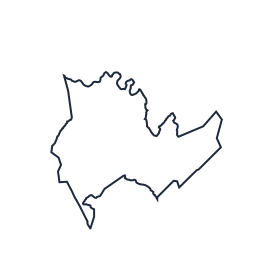 San Juan Quiahije, Oaxaca, Mexico (Mercator projection), rotated 331°
{"feature_id": "50627088B53386333601556", "entity_name": "San Juan Quiahije", "entity_type": "district", "adm_level": 2, "iso_a3": "MEX", "parent_name": "Mexico", "parent_adm1": "Oaxaca", "projection": "mercator", "projection_center": [-97.349, 16.355], "detail": "fine", "context": "isolated", "style": "outline", "palette": "slate", "viewbox_px": 256, "rotation_deg": 331, "n_neighbors": 0, "source": "geoboundaries", "source_scale": "gbopen_adm2", "svg_char_len": 5863}
<svg xmlns="http://www.w3.org/2000/svg" viewBox="0 0 256 256"><g transform="rotate(331 128 128)"><path d="M155.9,99.9L155.5,100.5L155.1,100.9L153.7,101.2L152.1,101.7L150.3,101.6L149.4,101.5L148.0,101.3L147.5,101.1L146.8,100.1L146.7,99.0L147.0,97.7L147.4,96.4L149.4,94.8L149.6,94.4L149.9,94.3L150.7,92.6L151.2,92.2L153.0,92.4L155.0,91.4L155.5,91.0L155.2,87.7L154.4,86.8L153.6,86.8L152.6,87.1L151.4,86.8L149.9,86.7L148.5,87.0L147.4,88.1L147.6,89.0L147.6,89.5L147.2,90.2L144.6,92.3L144.3,92.5L143.9,92.4L143.5,91.8L141.1,90.9L140.4,90.1L140.3,89.3L140.2,88.3L140.1,87.9L140.1,87.5L139.8,86.6L139.8,85.3L139.7,84.8L140.0,83.6L140.4,83.2L141.2,82.1L142.2,81.4L144.1,80.9L144.8,80.6L145.8,80.1L146.4,79.6L146.8,78.8L147.1,77.0L146.5,76.4L146.3,75.3L146.2,75.0L145.2,73.9L144.3,73.6L142.7,73.0L139.8,74.1L139.9,74.3L139.4,74.8L138.9,75.0L138.2,75.0L137.7,74.6L137.2,73.9L136.7,70.8L136.8,70.5L136.4,69.5L136.2,68.9L135.7,68.4L133.9,68.6L131.7,70.3L128.9,70.7L128.2,71.0L127.5,72.0L126.9,72.9L126.4,73.4L125.9,73.7L125.4,73.8L123.9,73.3L121.6,71.6L120.3,71.1L119.7,71.4L118.9,71.5L117.9,72.2L117.0,72.4L115.7,72.6L113.6,72.5L112.9,72.2L111.2,70.4L110.1,68.3L110.0,66.6L109.7,64.3L109.0,63.0L108.5,62.6L107.4,62.3L105.4,62.2L104.5,62.1L104.1,62.0L103.2,61.2L102.8,60.5L102.0,59.7L101.5,57.7L99.6,56.2L97.7,53.6L97.6,53.1L97.7,52.5L97.7,51.7L97.4,51.2L93.8,66.1L84.5,90.2L84.5,90.5L84.4,90.9L83.8,91.7L83.1,92.4L82.2,93.1L81.2,92.9L80.4,92.9L79.7,93.0L78.9,93.1L77.8,92.9L77.6,93.4L77.5,93.7L76.9,94.1L75.7,94.4L75.3,94.6L74.9,94.9L74.2,95.2L73.6,95.5L73.0,95.7L71.8,96.0L71.2,96.7L70.9,96.6L70.2,96.7L69.7,97.0L69.3,97.1L68.9,97.3L68.6,97.6L68.2,97.6L67.7,97.6L67.3,98.0L63.1,101.1L62.2,101.1L62.0,101.3L61.6,101.6L61.3,101.8L61.1,102.0L60.7,102.5L60.3,103.0L59.9,103.3L59.3,103.8L58.7,104.1L58.2,104.8L57.5,105.2L56.7,105.8L56.3,105.9L55.2,106.3L54.6,106.6L53.1,106.8L49.2,112.1L52.9,120.2L51.6,127.7L45.7,132.1L41.8,142.2L48.5,145.4L48.3,156.2L47.9,160.9L47.8,163.7L47.9,165.8L47.9,172.9L47.3,188.8L47.3,190.1L46.4,191.4L46.0,193.3L46.1,193.9L46.2,194.9L46.3,197.2L46.6,197.5L55.4,189.1L58.8,182.9L58.9,182.5L58.5,182.2L57.9,181.4L57.6,180.9L57.3,180.2L57.0,179.6L56.9,179.1L57.0,178.7L57.4,178.2L57.4,177.6L57.1,177.0L56.6,176.5L56.2,176.3L55.4,175.5L54.9,174.9L54.7,174.6L53.7,174.1L52.9,173.7L52.1,173.2L52.0,172.8L52.0,172.2L52.7,171.6L53.6,171.1L53.9,171.0L54.3,171.0L55.1,170.5L55.6,170.1L56.2,169.9L56.8,169.8L57.1,169.4L57.3,169.1L57.8,169.1L58.5,169.1L58.9,169.1L59.8,169.0L60.1,168.9L60.5,168.8L60.8,168.7L61.5,168.6L62.1,168.6L62.7,168.7L63.2,168.9L63.5,169.1L63.8,169.3L63.9,169.8L64.1,170.1L64.8,172.1L65.3,173.0L65.8,173.3L66.4,173.7L67.4,173.3L70.7,173.9L77.9,169.9L100.8,167.6L103.0,168.0L102.4,168.2L102.2,168.4L102.1,168.7L101.9,169.1L101.8,169.3L101.5,169.7L101.3,169.9L101.0,170.2L101.0,170.4L101.2,170.8L101.5,171.1L101.7,171.3L101.9,171.6L102.0,172.1L102.3,172.6L103.1,173.2L103.5,173.6L104.1,173.9L104.3,174.3L104.5,174.7L105.0,175.0L105.4,175.2L105.7,175.5L106.4,175.8L107.3,176.1L108.1,176.3L108.7,176.5L109.0,176.7L109.3,177.4L109.2,178.0L109.1,178.7L109.0,179.3L109.0,179.7L109.2,180.3L109.8,181.1L110.1,181.5L110.5,182.2L111.3,182.9L111.7,183.5L112.3,183.8L112.9,184.2L113.5,184.7L114.3,185.3L115.0,186.0L115.6,186.6L116.1,187.5L116.5,188.1L116.9,188.8L117.3,189.5L117.6,190.2L117.8,190.9L118.0,191.6L118.0,192.2L117.8,192.9L117.6,193.2L117.8,193.8L118.4,194.6L118.6,195.2L118.9,195.8L119.1,196.1L119.0,196.5L118.8,196.8L118.6,197.2L118.3,197.6L118.3,197.9L118.4,198.3L118.5,198.7L118.5,199.0L118.8,199.3L119.0,199.7L118.7,200.0L119.2,201.8L119.1,202.5L119.1,203.3L119.1,204.4L119.4,203.9L119.8,203.3L120.2,202.7L142.4,196.3L145.1,198.4L144.0,204.8L167.6,198.2L169.7,198.5L199.9,189.9L200.7,180.0L214.2,166.1L213.0,156.4L194.6,163.0L167.9,160.1L167.7,159.5L167.7,159.1L167.6,158.4L167.6,157.7L168.0,156.9L168.4,156.5L169.0,155.6L169.4,154.9L169.5,154.2L169.5,153.8L170.0,153.2L170.6,152.6L171.0,152.2L171.4,152.0L171.8,151.5L172.2,150.9L172.5,150.2L172.8,149.4L172.8,149.0L172.6,148.5L172.5,148.0L172.3,147.6L171.9,147.1L171.7,146.7L171.2,146.1L171.0,145.3L170.9,144.8L171.0,144.2L171.1,143.5L171.8,143.4L172.4,143.3L172.8,142.9L173.4,142.5L174.0,142.2L174.3,141.7L174.5,141.0L174.3,140.1L174.4,138.8L174.2,137.7L174.3,137.4L174.4,136.8L174.2,136.7L173.7,136.6L173.1,136.6L172.6,136.6L172.0,136.7L171.3,137.2L170.5,137.6L169.8,137.4L169.0,137.5L168.5,137.5L167.8,138.0L166.9,138.4L166.1,138.5L165.7,138.9L165.4,139.2L164.8,139.3L164.4,139.6L163.9,139.6L163.4,139.9L162.8,140.3L162.3,140.7L161.8,140.7L160.9,140.9L160.3,141.2L159.9,141.1L159.4,141.4L158.5,141.7L158.1,141.8L157.4,141.9L156.7,141.8L156.1,141.7L155.9,141.7L155.7,141.9L155.4,142.1L155.3,142.7L155.7,143.7L155.7,144.2L155.5,145.0L154.9,145.3L154.5,145.5L154.2,145.9L153.8,146.3L153.1,146.7L152.8,147.0L152.4,147.6L151.9,147.7L151.3,148.1L150.8,148.1L150.2,148.5L149.6,148.7L149.1,148.9L148.1,148.0L147.3,147.3L147.0,146.8L146.9,146.2L146.7,145.3L146.5,144.1L146.5,143.5L146.4,143.2L146.3,141.8L146.4,141.0L146.3,139.7L146.3,138.9L146.3,138.1L145.9,137.6L145.7,136.8L145.5,136.3L145.5,135.6L146.1,134.6L146.5,133.6L147.0,132.8L147.3,131.8L147.7,130.6L147.9,129.8L147.8,129.1L147.1,128.3L147.5,128.1L148.4,127.7L149.1,126.9L149.6,126.3L149.7,125.9L150.2,125.2L150.7,124.9L151.1,124.3L151.3,123.3L151.8,123.0L152.4,122.5L153.0,122.2L153.6,122.0L153.2,121.3L152.8,120.9L153.0,120.3L153.0,119.8L152.9,119.1L153.2,118.5L153.4,118.0L153.8,117.2L154.3,116.3L154.5,115.5L155.7,115.6L156.3,115.0L156.6,114.4L156.8,114.0L157.2,113.3L157.5,112.6L157.8,111.5L157.9,110.9L157.8,110.4L157.6,109.6L157.6,108.9L157.6,108.5L157.5,108.1L157.6,107.6L157.4,107.2L157.3,106.6L157.5,106.2L157.3,105.8L157.5,105.2L157.5,104.8L157.4,104.1L157.4,103.5L157.4,103.0L157.3,102.5L157.4,102.0L157.4,101.2L157.3,100.4L157.0,100.0L156.6,99.6L155.9,99.9Z" fill="none" stroke="#1e293b" stroke-width="2"/></g></svg>